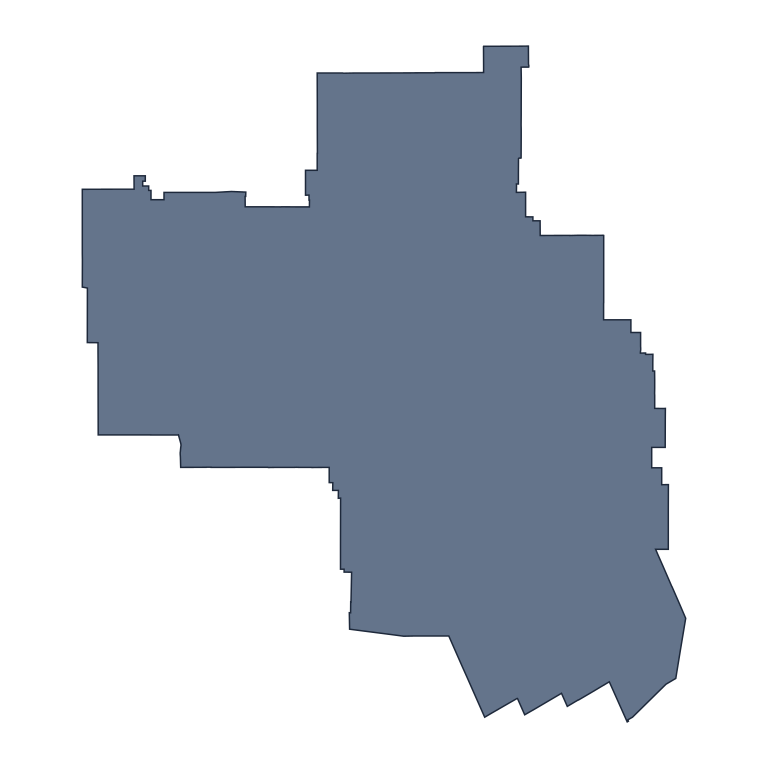 Victoria Plains, Western Australia, Australia
{"feature_id": "25037944B36470505967652", "entity_name": "Victoria Plains", "entity_type": "district", "adm_level": 2, "iso_a3": "AUS", "parent_name": "Australia", "parent_adm1": "Western Australia", "projection": "equal_earth", "projection_center": [116.32, -31.016], "detail": "fine", "context": "isolated", "style": "filled", "palette": "slate", "viewbox_px": 768, "rotation_deg": 0, "n_neighbors": 0, "source": "geoboundaries", "source_scale": "gbopen_adm2", "svg_char_len": 3648}
<svg xmlns="http://www.w3.org/2000/svg" viewBox="0 0 768 768"><path d="M349.6,629.2L365.0,631.2L382.2,633.4L390.8,634.5L403.7,636.2L413.7,636.0L415.7,636.0L428.2,636.0L436.1,636.0L448.8,636.0L454.6,649.2L462.5,667.1L467.6,678.5L475.8,697.1L484.7,717.2L491.0,713.5L491.5,713.2L494.1,711.7L505.0,705.4L517.0,698.5L517.5,698.5L524.7,714.8L535.3,708.7L561.5,693.3L567.3,706.4L572.4,703.4L575.2,701.7L575.6,701.5L578.3,699.9L578.5,700.0L590.3,693.1L600.0,687.3L609.3,681.8L615.1,694.8L615.2,695.0L619.7,705.1L627.2,721.9L627.4,721.8L628.4,721.2L627.8,719.9L630.2,718.5L632.5,717.2L666.0,684.2L666.7,683.8L675.8,678.4L676.6,673.3L680.4,650.1L685.7,618.3L679.6,604.1L672.0,586.7L671.8,586.5L663.0,566.2L658.0,554.9L655.7,549.5L655.6,549.3L668.3,549.3L668.3,526.7L668.3,511.3L668.3,509.2L668.4,484.6L661.7,484.7L661.7,484.1L661.7,480.4L661.7,467.8L651.7,467.8L651.7,447.4L652.5,447.4L665.2,447.4L665.3,418.3L665.4,408.4L663.7,408.5L654.7,408.4L654.7,400.1L654.7,395.2L654.6,393.5L654.7,388.3L654.7,379.7L654.6,371.0L652.8,371.0L652.8,364.2L652.8,362.6L652.9,354.3L645.6,354.4L645.6,353.0L640.4,353.1L640.4,352.3L640.4,352.2L640.7,349.9L640.7,348.0L640.6,346.5L640.6,345.7L640.6,343.6L640.6,335.8L640.6,332.5L630.9,332.5L630.9,319.8L603.6,319.8L603.6,303.0L603.7,302.9L603.7,235.4L603.4,235.3L592.5,235.4L585.4,235.3L577.6,235.3L577.4,235.3L569.8,235.5L569.8,235.4L567.3,235.4L540.9,235.5L540.2,235.5L540.1,220.8L532.9,220.8L532.9,216.9L525.6,216.8L525.6,192.2L516.4,192.4L516.4,191.7L516.5,187.8L516.5,185.6L516.4,184.0L518.4,184.0L518.4,179.0L518.4,173.3L518.5,158.8L518.5,158.6L518.8,158.3L519.0,158.1L519.5,158.1L520.9,158.1L521.1,158.0L521.1,157.7L521.2,136.3L521.2,136.0L521.2,129.1L521.1,124.9L521.2,114.7L521.2,106.1L521.3,78.1L521.1,67.2L523.2,67.1L528.6,67.1L528.8,67.0L528.8,65.2L528.5,64.3L528.4,46.1L517.1,46.2L483.6,46.3L483.5,46.5L483.6,67.6L483.6,72.4L483.6,72.5L474.7,72.6L469.1,72.6L435.0,72.6L434.8,72.8L434.6,72.8L423.8,72.8L419.8,72.8L409.4,72.9L374.1,73.0L368.9,73.0L361.1,73.0L355.0,73.0L344.6,73.2L343.4,73.2L342.6,73.0L317.2,73.0L317.3,104.8L317.3,127.8L317.4,153.4L317.2,153.4L317.2,170.0L317.2,170.3L305.5,170.3L305.5,190.4L305.5,195.2L309.0,195.1L309.0,200.1L309.5,200.1L309.4,206.9L297.4,206.9L282.8,206.8L281.3,206.8L281.1,206.9L268.0,206.8L255.3,206.8L245.2,206.8L245.1,196.4L245.7,196.4L245.7,196.2L245.8,192.1L231.4,191.5L215.5,192.4L189.9,192.4L189.7,192.4L164.0,192.4L164.0,199.7L151.0,199.7L151.0,194.9L151.0,190.4L148.7,190.4L148.7,186.0L142.7,186.0L142.7,181.2L145.3,181.2L145.3,175.8L134.0,175.8L134.1,189.2L118.9,189.2L82.3,189.3L82.3,189.8L82.3,208.8L82.3,225.4L82.3,252.1L82.3,253.5L82.4,259.9L82.3,287.1L86.2,287.8L87.4,288.1L87.3,342.6L98.0,342.7L98.0,351.7L98.1,365.8L98.1,370.5L98.1,374.5L98.1,390.4L98.2,434.9L134.9,434.9L146.5,434.9L150.7,434.9L150.7,435.0L160.5,435.0L177.4,435.0L177.9,435.0L178.0,434.9L178.4,434.8L180.3,441.6L180.6,442.8L180.8,443.5L180.9,444.3L181.0,445.0L181.0,445.4L180.9,446.2L180.7,447.7L180.4,451.1L180.3,451.9L180.2,452.5L180.2,453.0L180.2,453.8L180.2,454.2L180.4,457.0L180.5,460.5L180.6,464.6L180.7,467.4L181.1,467.4L206.4,467.3L206.5,467.2L211.1,467.2L211.1,467.4L227.8,467.4L242.8,467.3L250.4,467.3L256.0,467.3L267.9,467.3L268.1,467.4L268.2,467.5L268.3,467.5L269.1,467.5L275.3,467.4L278.2,467.4L280.5,467.4L285.1,467.4L293.7,467.4L296.4,467.3L299.4,467.4L303.5,467.4L311.4,467.4L311.6,467.5L324.2,467.4L327.8,467.4L329.2,467.4L329.2,482.6L332.8,482.7L332.7,490.4L338.4,490.4L338.3,498.3L340.6,498.1L340.5,545.2L340.5,569.2L344.1,569.2L344.1,572.1L351.6,572.2L351.0,602.1L350.7,602.0L350.6,612.8L349.3,612.7L349.6,629.2Z" fill="#64748b" stroke="#1e293b" stroke-width="1.5"/></svg>